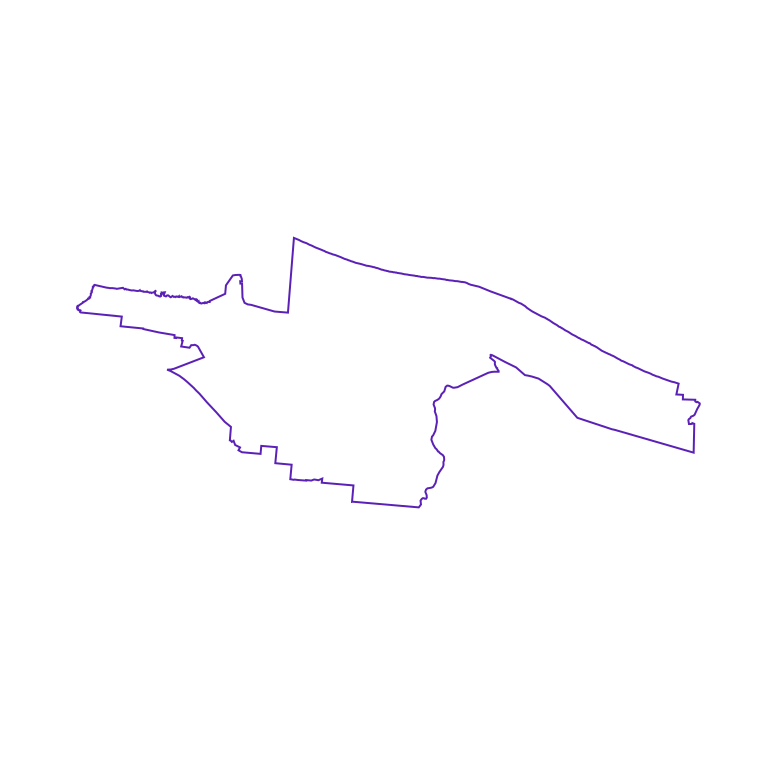 Nīcas pag., Nicas, Latvia (Mercator projection), rotated 108°
{"feature_id": "27541924B8450529664693", "entity_name": "Nīcas pag.", "entity_type": "district", "adm_level": 2, "iso_a3": "LVA", "parent_name": "Latvia", "parent_adm1": "Nicas", "projection": "mercator", "projection_center": [21.017, 56.321], "detail": "fine", "context": "isolated", "style": "outline", "palette": "violet", "viewbox_px": 768, "rotation_deg": 108, "n_neighbors": 0, "source": "geoboundaries", "source_scale": "gbopen_adm2", "svg_char_len": 6118}
<svg xmlns="http://www.w3.org/2000/svg" viewBox="0 0 768 768"><g transform="rotate(108 384 384)"><path d="M490.6,312.8L487.2,311.6L483.6,313.2L481.7,312.6L480.7,311.9L480.5,311.5L480.3,310.7L480.5,310.0L480.1,308.5L478.9,308.2L476.5,309.1L474.3,311.0L473.6,311.4L471.4,311.4L469.8,310.4L468.3,307.5L467.5,306.3L466.5,305.4L462.3,304.4L454.6,304.9L450.5,304.1L444.5,302.3L442.6,302.4L439.7,303.4L438.0,303.2L436.7,303.6L434.7,304.5L433.5,306.0L432.4,309.5L431.4,311.2L431.5,311.7L429.8,313.8L429.1,315.4L426.3,318.5L422.4,321.7L419.2,322.1L417.7,321.4L412.7,320.7L403.8,321.9L398.3,324.2L394.4,327.2L392.2,327.6L391.0,328.2L388.2,330.5L385.6,330.8L384.4,330.2L382.5,328.2L380.8,327.0L378.4,326.3L375.9,326.2L372.4,324.4L367.7,324.5L366.0,323.4L365.7,322.0L365.7,321.0L366.2,317.6L366.0,316.4L364.3,313.1L360.2,309.0L341.1,288.3L339.2,285.2L338.3,283.0L336.9,278.8L336.2,279.0L334.8,280.9L333.9,281.3L333.9,282.0L331.9,284.0L330.7,284.8L328.7,285.3L328.0,286.3L326.2,291.2L324.7,290.9L323.5,291.6L323.2,291.4L323.2,289.8L323.7,286.8L325.7,275.3L327.4,263.5L332.0,252.7L331.5,249.4L331.2,245.5L331.1,238.7L333.7,228.4L334.6,225.8L356.4,189.7L356.6,153.2L356.3,150.5L353.6,68.3L326.0,76.6L325.9,78.6L326.5,78.5L327.1,79.5L327.8,81.6L324.3,83.4L323.2,83.2L321.8,82.1L320.9,82.1L320.1,81.8L318.6,80.0L317.3,79.1L311.1,78.4L306.2,77.4L304.9,77.7L304.1,80.3L304.7,81.1L304.5,82.3L304.4,82.6L302.8,83.1L303.1,84.1L306.3,95.0L301.9,96.3L303.6,102.7L292.6,103.9L292.6,108.4L292.9,111.4L292.7,120.9L292.3,125.2L292.5,127.3L292.3,128.9L292.2,131.5L291.8,133.3L291.6,135.9L291.5,140.2L290.5,147.4L290.4,149.9L289.8,153.1L289.5,153.5L289.5,156.7L288.5,163.4L288.5,165.5L288.0,167.0L287.6,169.7L286.6,174.1L286.3,177.5L286.0,178.4L286.1,179.2L285.1,187.0L283.2,193.4L283.1,194.5L282.8,195.3L282.8,196.6L282.5,197.8L282.6,198.2L282.3,199.5L281.7,200.7L281.6,201.3L281.8,201.7L280.7,208.1L280.6,210.2L280.0,212.4L280.1,213.0L279.2,216.8L278.7,220.4L277.5,224.7L276.9,228.4L275.9,231.8L276.0,232.2L275.4,234.0L275.5,234.9L274.5,237.9L273.7,241.8L272.2,246.7L272.0,248.1L271.6,249.3L271.7,249.6L271.2,251.3L271.0,255.0L269.1,265.8L267.4,271.6L266.4,273.7L265.1,278.9L265.2,279.2L265.1,280.9L263.8,287.3L263.6,289.5L263.9,289.5L263.7,290.9L263.0,311.2L262.1,323.6L262.8,332.3L262.7,334.4L262.3,336.6L262.3,338.8L262.5,339.4L262.6,340.8L262.9,341.3L263.6,346.4L264.1,347.9L264.4,350.3L265.3,354.3L265.4,355.9L265.7,356.4L265.7,358.1L266.4,361.7L266.6,363.5L267.1,365.0L267.7,368.9L268.0,369.3L268.4,371.9L269.5,375.8L270.0,379.6L270.7,381.8L270.7,383.0L271.1,384.9L271.0,385.5L271.5,387.5L271.5,388.3L272.5,393.7L272.7,395.5L273.3,398.5L273.5,401.3L274.2,405.5L274.2,406.8L274.4,407.0L274.6,409.0L274.9,409.6L274.8,410.4L275.5,413.9L275.4,415.1L275.6,416.1L275.6,417.0L275.8,418.6L275.8,420.6L276.0,421.7L275.8,425.7L276.0,427.9L275.9,429.4L276.2,430.4L276.1,431.0L276.5,435.2L276.9,437.0L277.0,443.0L277.5,448.5L277.3,451.2L277.4,453.7L277.2,454.7L277.3,455.9L277.1,457.9L277.2,460.0L276.7,464.5L276.4,470.5L276.6,473.0L276.4,474.1L276.5,476.1L276.3,478.7L276.3,480.5L275.9,481.7L275.9,483.2L275.7,484.8L275.3,491.6L274.7,495.6L274.6,498.0L274.0,501.3L274.0,504.2L273.7,507.4L273.3,509.3L272.9,514.8L345.8,497.4L348.9,510.5L349.8,535.0L350.4,538.1L349.9,541.7L345.5,545.3L332.4,550.0L332.9,551.6L330.7,552.5L330.2,550.8L327.9,551.8L325.9,553.3L325.9,553.7L324.7,554.2L324.9,555.4L326.3,559.1L327.5,561.3L339.0,564.8L347.3,562.9L358.8,575.3L359.9,575.1L360.1,575.7L360.1,576.5L361.1,577.6L361.7,577.6L361.6,579.3L362.4,579.2L362.6,579.5L362.8,579.9L362.6,580.8L363.9,582.6L363.9,583.4L363.6,583.7L364.0,584.2L363.9,585.0L362.4,585.9L363.2,586.7L362.7,587.9L361.6,587.9L361.4,588.6L361.4,589.0L362.3,589.3L361.7,591.2L361.6,592.3L362.2,592.8L363.1,594.4L362.5,595.4L361.8,595.1L361.2,595.6L361.1,596.0L362.4,597.4L362.2,597.8L363.0,598.6L363.1,600.2L363.6,601.1L363.4,601.7L363.7,602.1L363.8,602.7L363.1,603.6L364.6,605.6L364.5,606.0L364.0,606.2L364.8,606.7L364.7,608.0L365.1,608.2L365.4,609.4L365.8,609.5L365.7,610.0L366.1,610.9L365.6,612.3L367.4,613.6L367.3,614.3L366.4,616.5L366.6,617.3L367.0,617.9L367.8,618.1L368.1,618.6L368.0,620.5L367.6,620.9L364.5,620.8L365.0,622.0L365.5,622.5L365.6,623.5L366.6,622.9L367.0,623.0L367.1,624.0L369.2,623.2L370.0,623.9L370.1,624.6L370.1,625.0L369.8,625.4L370.1,628.0L369.4,629.2L367.6,630.3L365.4,629.7L368.2,631.5L369.0,633.1L369.3,633.3L369.0,634.1L369.6,635.0L369.4,635.5L369.5,636.1L369.5,637.1L369.3,637.5L369.5,637.8L369.3,638.1L369.8,638.5L370.6,641.4L370.3,641.7L370.6,643.0L370.7,644.9L370.3,645.2L371.1,645.8L371.8,647.4L372.4,651.4L373.0,652.8L373.3,655.4L373.3,656.8L373.7,658.1L373.3,659.0L374.1,659.9L373.2,662.0L376.1,667.6L376.1,668.5L376.8,672.2L377.6,674.4L377.7,675.7L378.1,677.6L379.1,688.9L379.1,689.8L379.5,690.2L380.9,690.2L381.2,690.9L381.7,691.0L382.2,690.6L386.3,690.6L386.7,690.2L387.3,690.4L387.2,690.6L387.9,690.4L388.8,690.8L389.8,690.3L392.0,690.4L392.2,690.7L392.7,690.2L393.5,690.8L393.5,691.1L394.2,691.1L394.3,691.3L394.3,691.9L395.0,692.0L397.3,693.5L398.6,694.8L398.9,695.4L399.3,695.2L403.3,698.3L404.9,699.2L404.7,699.6L405.1,699.7L405.8,699.1L406.2,699.5L406.7,699.4L406.9,698.8L407.8,698.5L407.9,698.0L407.6,697.8L408.2,697.3L408.1,696.6L407.7,696.1L407.8,695.6L408.3,695.9L408.5,695.5L409.4,695.4L409.7,694.7L400.9,654.2L410.5,652.4L405.6,630.1L406.1,629.9L404.5,613.9L402.2,598.3L404.9,597.5L404.5,595.8L403.9,595.8L402.8,590.2L405.2,589.7L405.6,589.2L405.4,588.8L411.0,588.5L409.6,580.2L406.6,579.3L405.9,577.2L405.2,576.2L405.2,575.2L405.5,573.6L405.9,572.5L414.2,563.5L434.3,588.3L436.0,591.0L437.4,594.7L437.6,591.1L439.4,581.2L441.2,575.8L442.9,571.6L446.5,563.7L448.2,560.7L450.2,556.6L456.2,546.6L462.7,534.8L469.2,523.8L472.1,516.3L485.2,513.2L485.1,512.5L486.1,510.8L484.5,509.5L488.0,506.7L488.8,501.3L492.0,501.9L492.8,498.0L488.6,479.8L480.8,481.6L477.2,466.4L492.9,462.9L489.3,446.9L503.5,443.7L503.0,440.2L502.5,439.5L501.9,436.2L499.9,428.1L499.4,428.3L498.3,423.3L496.6,421.2L496.3,420.5L495.8,416.7L493.0,413.5L497.1,412.7L489.9,381.7L505.9,378.0L505.7,377.7L503.7,369.2L490.6,312.8Z" fill="none" stroke="#5b21b6" stroke-width="2"/></g></svg>